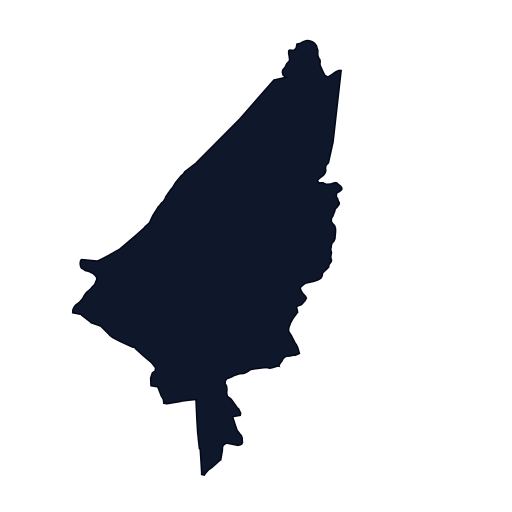 the district of San Antonio Tepetlapa, Oaxaca, Mexico, rotated 317°
{"feature_id": "50627088B55263870930805", "entity_name": "San Antonio Tepetlapa", "entity_type": "district", "adm_level": 2, "iso_a3": "MEX", "parent_name": "Mexico", "parent_adm1": "Oaxaca", "projection": "robinson", "projection_center": [-98.047, 16.534], "detail": "fine", "context": "isolated", "style": "filled", "palette": "ink", "viewbox_px": 512, "rotation_deg": 317, "n_neighbors": 0, "source": "geoboundaries", "source_scale": "gbopen_adm2", "svg_char_len": 4722}
<svg xmlns="http://www.w3.org/2000/svg" viewBox="0 0 512 512"><g transform="rotate(317 256 256)"><path d="M83.2,172.5L88.4,179.7L88.1,180.5L89.9,191.2L89.8,191.9L89.9,192.4L94.6,201.4L94.8,206.3L95.0,212.4L95.0,214.7L95.5,217.7L97.5,223.4L97.5,223.6L100.5,231.1L103.4,238.1L104.9,240.1L104.7,241.6L105.6,252.5L106.8,262.2L106.8,262.4L106.7,264.8L106.5,267.5L106.2,269.3L103.8,271.3L100.5,270.8L95.7,273.4L90.7,279.2L90.7,279.3L94.9,284.7L91.1,294.2L90.9,296.0L90.2,298.1L88.1,300.8L90.0,303.3L101.8,311.1L102.2,311.1L108.7,315.8L114.2,320.0L103.3,332.8L103.1,333.0L92.5,345.8L90.9,348.1L89.5,349.8L83.2,358.3L83.8,358.8L77.4,366.6L68.3,377.6L67.2,378.7L68.7,381.0L70.7,380.5L75.4,380.0L79.5,380.6L90.2,380.8L91.1,381.1L98.8,375.3L101.0,373.1L102.2,372.4L103.1,372.1L106.6,372.6L107.9,374.2L113.6,382.2L115.8,383.4L117.4,383.8L118.9,383.2L122.0,379.4L122.9,377.0L122.7,376.4L122.9,374.9L123.3,370.6L125.1,366.6L128.6,359.0L129.4,357.7L130.0,358.0L135.8,361.8L137.6,360.5L139.1,355.7L138.7,354.3L139.1,352.4L140.2,343.7L139.4,339.1L141.1,336.2L143.5,334.1L145.2,331.9L145.8,330.9L146.0,330.1L146.2,328.7L146.6,328.1L147.9,326.7L150.7,325.8L151.2,326.0L155.9,327.9L158.2,328.4L163.8,331.0L166.5,333.3L168.3,334.1L170.6,334.8L171.9,335.0L173.4,335.1L174.2,335.3L175.2,335.8L177.9,337.5L181.4,340.1L184.4,342.2L186.2,343.6L187.5,344.8L189.4,346.9L189.2,347.2L190.2,347.9L191.5,348.7L193.1,349.5L196.6,351.2L196.8,351.5L197.3,351.8L197.7,352.1L197.8,352.3L198.0,351.8L197.9,351.7L201.6,350.7L202.2,350.7L203.7,350.4L204.8,349.8L205.8,349.7L206.5,349.6L208.2,349.6L210.1,350.2L212.8,352.5L214.3,353.2L215.5,354.1L216.3,354.4L216.6,355.1L217.0,355.4L221.3,356.9L224.0,351.6L225.0,348.6L225.2,346.6L227.6,338.3L228.4,333.7L228.6,333.3L230.0,331.7L231.8,330.4L234.2,329.3L235.1,328.7L240.5,326.9L246.5,325.8L247.5,325.5L248.0,325.6L249.4,323.6L249.6,323.1L250.8,321.1L251.4,320.9L252.5,321.0L254.2,321.8L254.3,321.7L256.1,322.6L261.5,322.1L264.1,321.2L264.7,319.3L264.7,315.1L265.5,311.5L266.4,309.9L267.8,309.1L268.6,309.2L270.2,309.3L273.5,309.6L275.6,310.8L281.0,314.0L285.1,315.8L288.4,316.5L290.5,315.8L291.9,314.9L293.2,313.8L299.6,313.8L301.7,313.6L303.6,312.0L304.6,311.9L306.9,311.5L308.3,310.7L309.5,308.4L310.5,307.3L312.5,305.8L313.8,304.7L314.2,303.6L315.3,302.0L316.7,301.1L317.8,300.1L320.0,298.6L321.6,298.3L322.6,298.4L324.2,297.8L325.7,297.1L327.6,295.3L329.5,293.7L330.9,292.4L332.8,290.3L334.2,287.5L334.2,285.0L334.2,283.8L334.9,281.8L335.8,281.0L336.9,279.9L339.5,279.2L341.8,278.0L343.7,277.2L345.8,275.8L347.0,275.6L348.5,275.6L350.7,275.2L352.4,274.8L353.3,273.7L353.7,271.8L354.8,269.8L354.9,268.4L355.7,266.8L357.8,265.1L358.8,265.1L360.6,265.7L362.5,265.9L364.0,265.9L365.2,264.8L365.5,262.6L365.1,259.9L364.9,257.5L364.0,256.4L361.8,255.2L359.8,254.3L356.6,251.8L355.6,250.0L355.0,248.1L353.1,246.5L351.9,245.2L352.3,242.8L353.8,242.4L355.1,242.5L356.1,242.5L357.7,242.7L359.6,242.9L361.1,242.9L363.5,242.3L365.5,241.0L366.5,239.4L367.5,238.6L368.6,237.6L371.0,237.3L372.1,237.3L372.6,237.2L390.0,225.3L406.6,211.1L444.8,178.4L443.4,177.0L441.6,176.2L439.9,175.7L438.2,175.4L436.5,175.2L434.9,175.1L433.7,174.7L432.4,174.6L431.4,174.3L430.4,173.5L429.6,170.9L429.9,169.5L430.5,167.7L431.2,165.4L432.2,162.6L432.8,160.5L434.1,158.8L435.4,157.8L436.7,155.9L436.7,154.6L438.0,151.5L439.8,149.5L441.5,147.8L442.6,145.3L443.6,143.6L443.9,140.1L443.4,137.9L442.3,135.7L440.9,133.8L439.5,132.7L437.7,131.9L435.9,131.2L434.0,130.8L432.9,130.4L431.2,129.3L430.5,128.9L428.7,130.2L427.8,130.9L426.8,131.3L424.9,131.5L423.6,131.1L420.9,128.2L420.4,128.2L419.8,128.3L418.1,130.0L416.5,132.5L414.4,135.4L412.9,136.2L409.8,136.3L407.0,137.3L406.1,137.8L404.7,137.9L403.7,138.0L402.4,138.2L400.6,139.5L399.1,142.3L399.9,145.8L389.2,139.5L367.7,141.6L337.5,144.7L277.0,147.0L276.2,147.2L275.0,147.1L261.3,145.8L258.7,146.5L255.9,146.3L247.4,147.4L242.1,148.9L239.0,149.3L237.4,149.6L235.8,150.0L234.5,150.2L233.9,150.4L230.1,151.2L229.1,152.0L228.8,152.0L227.0,152.5L225.3,152.9L224.8,152.9L224.2,152.9L223.7,152.8L223.5,152.7L220.2,153.3L218.8,153.4L218.2,153.3L216.8,153.8L212.8,154.8L207.9,156.1L200.8,159.0L198.7,159.0L194.8,158.9L193.4,159.2L183.3,159.0L160.8,158.0L155.7,156.7L151.9,155.9L151.0,155.5L150.0,155.4L142.2,153.3L137.4,151.8L136.1,151.0L135.6,150.6L135.3,150.1L126.1,139.7L124.9,139.6L123.6,140.4L122.2,141.6L120.8,143.6L120.0,145.8L120.8,148.0L121.2,150.3L123.1,153.0L124.1,155.6L124.9,157.6L125.1,160.3L124.9,162.9L123.1,164.9L121.6,165.3L119.7,166.4L117.4,166.9L115.4,166.9L112.4,167.3L109.7,167.2L107.4,167.0L103.6,167.7L101.9,168.3L100.0,169.0L97.5,169.2L95.2,169.4L93.3,169.2L91.0,168.9L89.6,169.0L87.7,169.5L85.4,170.4L83.2,172.5Z" fill="#0f172a" stroke="#020617" stroke-width="1.5"/></g></svg>